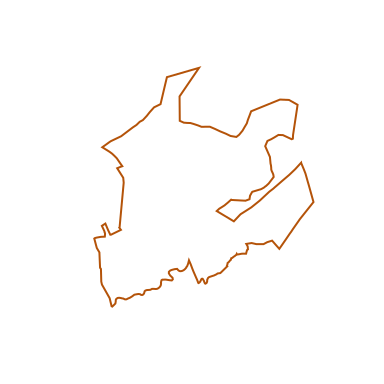 outline of San Dionisio Ocotlán, Oaxaca, Mexico, rotated 317°
{"feature_id": "50627088B55356833838726", "entity_name": "San Dionisio Ocotlán", "entity_type": "district", "adm_level": 2, "iso_a3": "MEX", "parent_name": "Mexico", "parent_adm1": "Oaxaca", "projection": "robinson", "projection_center": [-96.667, 16.751], "detail": "fine", "context": "isolated", "style": "outline", "palette": "amber", "viewbox_px": 384, "rotation_deg": 317, "n_neighbors": 0, "source": "geoboundaries", "source_scale": "gbopen_adm2", "svg_char_len": 3824}
<svg xmlns="http://www.w3.org/2000/svg" viewBox="0 0 384 384"><g transform="rotate(317 192 192)"><path d="M274.0,282.2L282.1,266.6L283.6,263.6L286.9,257.2L287.0,257.0L287.6,255.8L289.2,251.8L290.2,249.1L291.6,245.3L291.8,245.0L283.0,245.7L274.8,245.8L265.7,245.4L257.5,245.1L255.4,245.0L253.9,245.0L248.8,244.5L247.6,244.5L241.9,244.5L238.9,244.5L236.0,244.5L234.3,244.4L224.9,243.7L214.6,241.8L213.1,241.5L212.6,241.4L211.6,241.4L202.6,242.0L197.1,222.8L200.5,222.8L203.5,223.4L206.8,224.0L207.4,224.0L210.6,224.2L215.3,224.3L215.3,224.6L223.1,232.7L224.4,234.0L225.1,234.8L229.1,236.5L231.9,234.3L235.9,233.0L236.5,233.1L236.9,233.3L243.0,236.3L243.9,236.8L245.0,237.2L245.9,237.4L247.0,237.7L248.2,237.9L249.4,237.9L250.2,238.1L253.9,238.1L259.2,237.2L262.0,236.7L263.4,234.6L264.3,232.2L264.3,231.9L264.9,230.4L265.4,229.5L266.1,228.7L266.7,228.0L267.9,226.4L268.8,224.8L272.9,219.5L276.8,208.4L282.0,206.1L285.9,207.4L289.7,208.3L294.1,209.2L297.3,212.4L300.9,221.4L302.1,221.8L304.8,219.2L325.1,203.1L328.7,200.2L325.7,190.8L319.4,184.4L290.3,173.3L286.5,175.2L282.0,177.4L278.9,179.2L274.7,180.4L270.8,181.6L265.5,182.3L262.0,182.0L258.4,177.3L256.5,172.4L254.0,167.0L251.8,161.5L249.6,156.5L246.5,153.6L243.4,150.8L241.9,147.6L239.5,143.2L237.9,140.5L235.5,138.1L233.3,135.7L231.6,131.6L248.1,113.6L281.8,106.0L252.0,90.9L242.5,97.2L228.9,106.3L222.0,104.2L215.4,104.8L210.9,105.5L205.1,105.9L201.6,105.0L197.1,105.1L192.8,104.4L178.2,102.9L167.4,99.5L165.7,99.2L156.9,98.1L159.0,105.9L159.3,107.3L159.7,109.5L159.9,112.5L160.0,116.0L159.2,121.3L158.6,125.6L157.0,124.9L153.5,123.6L151.4,134.7L148.4,138.6L114.9,168.5L114.5,168.5L114.2,171.2L112.5,170.7L103.7,168.0L103.1,167.5L103.5,166.3L104.7,162.5L107.1,156.0L103.0,155.3L101.1,161.2L100.6,161.8L100.4,162.5L99.9,163.3L97.8,165.2L94.7,162.6L91.3,160.4L89.6,159.5L88.8,159.4L85.9,164.8L84.2,168.0L83.1,173.0L75.4,182.0L73.1,184.7L72.9,186.2L64.5,195.7L63.0,198.3L59.4,213.3L59.3,213.6L55.8,219.8L55.3,220.6L55.5,221.4L57.5,221.4L59.9,221.3L61.5,220.1L62.6,219.0L63.5,218.6L64.7,218.7L65.2,218.7L66.5,219.6L67.1,220.3L67.2,220.5L67.7,221.1L68.3,222.1L69.0,222.9L69.8,224.9L70.9,225.8L72.4,226.2L74.5,227.0L77.0,227.5L79.8,227.8L80.6,228.3L81.7,229.0L82.9,229.8L83.5,230.3L84.3,231.3L84.5,232.3L85.2,233.3L86.4,233.7L87.7,233.5L88.6,233.0L89.6,232.3L90.7,232.3L92.1,232.9L92.8,233.5L94.8,235.1L95.9,235.4L96.7,235.6L98.1,236.9L99.4,238.3L100.4,239.0L101.7,239.4L103.4,239.5L105.3,239.1L106.8,238.0L107.5,237.1L108.9,236.1L109.7,235.7L110.5,235.9L112.0,237.2L113.1,238.2L115.5,241.3L116.9,242.9L118.4,242.8L119.3,241.4L119.1,238.2L119.6,235.7L120.7,234.6L122.6,234.6L124.3,235.3L126.7,236.6L128.7,238.1L128.6,239.7L128.8,240.8L129.0,241.4L129.8,242.3L131.2,243.1L132.7,243.5L134.3,243.6L136.1,243.4L137.0,243.0L137.6,243.0L138.2,242.8L139.0,242.4L140.4,241.7L143.2,239.9L141.7,244.1L139.7,248.9L139.7,249.0L139.4,249.7L138.9,251.0L136.6,257.5L135.7,260.1L134.6,262.7L134.6,263.0L135.1,263.2L136.8,263.2L139.2,262.2L139.8,262.1L140.3,262.3L140.6,262.8L140.3,264.1L140.1,265.1L139.4,266.7L139.1,267.7L139.3,268.2L140.1,268.4L140.9,268.4L142.3,267.6L143.2,266.6L145.2,265.8L146.5,265.9L149.8,267.4L151.0,268.0L153.8,268.9L155.1,269.0L157.4,270.6L158.8,270.6L167.1,270.4L167.1,269.8L168.5,269.1L169.6,268.2L171.4,268.3L173.3,268.0L174.2,268.1L175.5,267.2L176.3,267.6L177.1,267.7L178.0,267.7L178.7,267.8L179.5,268.0L180.5,268.0L181.4,268.2L182.4,267.8L182.2,268.4L182.9,268.9L184.4,269.9L185.9,270.8L187.3,271.9L188.7,273.3L189.5,274.0L190.5,273.3L192.7,272.0L193.8,272.1L195.6,269.8L196.3,267.0L200.8,270.0L203.5,274.0L208.7,278.9L212.8,280.0L217.4,282.2L217.2,288.7L217.1,293.1L220.9,292.3L221.8,292.1L225.9,291.2L227.3,290.9L229.1,290.5L235.3,289.1L237.5,288.7L240.3,288.0L251.6,285.6L251.8,285.5L274.0,282.2Z" fill="none" stroke="#b45309" stroke-width="2"/></g></svg>